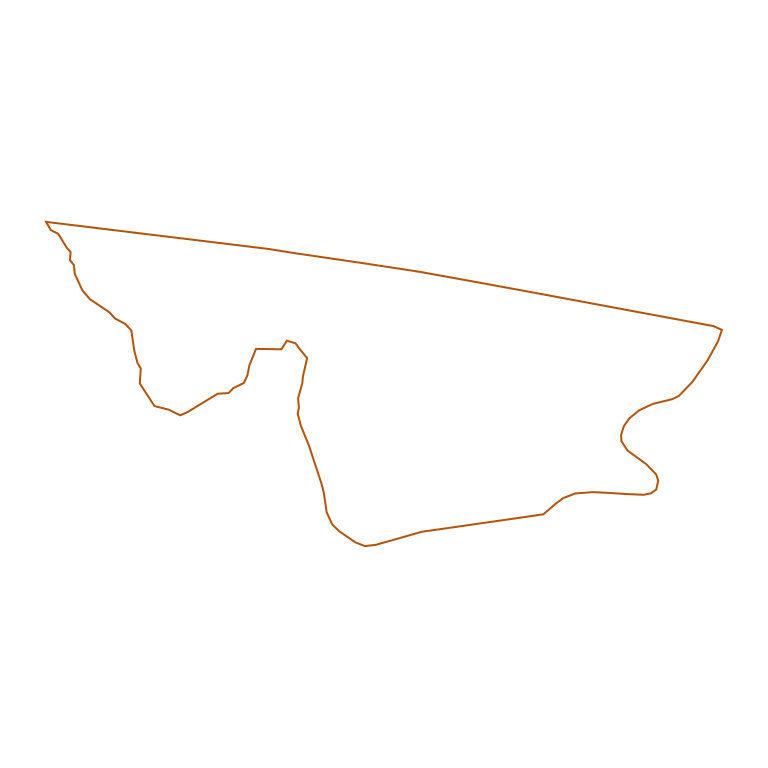 outline of Duque Bacelar, Maranhão, Brazil
{"feature_id": "56859067B60806377662282", "entity_name": "Duque Bacelar", "entity_type": "district", "adm_level": 2, "iso_a3": "BRA", "parent_name": "Brazil", "parent_adm1": "Maranhão", "projection": "mercator", "projection_center": [-43.029, -4.104], "detail": "fine", "context": "isolated", "style": "outline", "palette": "amber", "viewbox_px": 768, "rotation_deg": 0, "n_neighbors": 0, "source": "geoboundaries", "source_scale": "gbopen_adm2", "svg_char_len": 1184}
<svg xmlns="http://www.w3.org/2000/svg" viewBox="0 0 768 768"><path d="M46.1,221.9L50.8,230.1L58.2,233.8L66.7,247.6L70.6,252.0L70.0,260.3L73.9,265.1L74.8,273.9L82.4,290.4L89.9,299.2L109.4,312.3L115.0,318.5L125.4,324.0L131.3,330.5L132.7,339.7L134.2,350.2L137.5,363.0L140.8,368.5L139.8,383.5L154.5,406.1L168.8,409.7L174.7,412.7L180.3,415.3L187.5,412.1L217.7,393.7L228.5,393.1L233.3,388.1L243.9,382.9L247.5,375.1L249.4,365.3L256.0,348.9L281.4,349.3L286.9,340.7L295.5,343.3L300.6,350.2L307.1,358.1L302.9,376.7L302.3,383.3L298.1,398.2L298.9,407.8L297.7,413.6L301.0,426.1L309.1,446.0L321.5,483.7L323.7,492.1L326.7,512.4L332.3,524.5L339.1,531.2L355.1,542.2L364.9,546.1L376.0,544.8L421.6,531.8L443.5,528.7L543.4,514.3L555.8,503.6L563.3,498.0L569.5,495.7L575.1,493.5L592.6,492.1L607.0,492.8L613.0,493.2L627.6,494.1L643.5,494.8L650.7,493.4L656.3,489.5L658.2,480.7L656.3,474.6L646.5,464.4L627.6,450.6L621.4,441.2L621.1,434.9L623.9,426.0L629.5,418.2L639.0,410.4L653.0,403.8L672.2,399.2L678.8,396.0L692.4,381.9L707.6,360.3L718.0,341.4L721.9,329.9L713.4,326.1L517.9,289.7L420.7,272.0L360.6,262.8L295.5,253.3L269.6,249.1L145.4,234.0L46.1,221.9Z" fill="none" stroke="#b45309" stroke-width="2"/></svg>